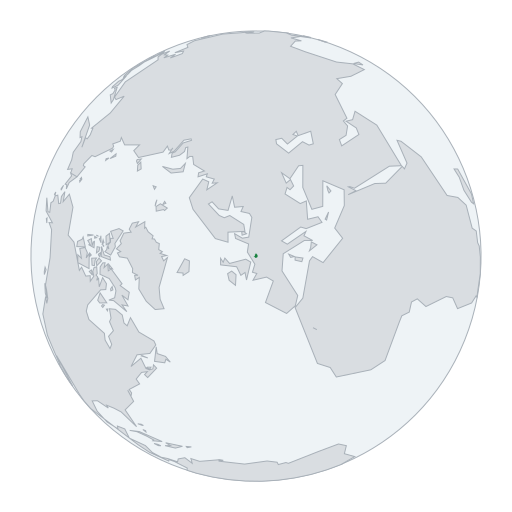 Walloon Brabant on an orthographic globe, rotated 292°
{"feature_id": "BEL-3482", "entity_name": "Walloon Brabant", "entity_type": "Province", "adm_level": 1, "iso_a3": "BEL", "parent_name": "Belgium", "parent_adm1": "", "projection": "orthographic", "projection_center": [4.525, 50.668], "detail": "fine", "context": "on_globe", "style": "filled", "palette": "green", "viewbox_px": 512, "rotation_deg": 292, "n_neighbors": 0, "source": "natural_earth", "source_scale": "10m", "svg_char_len": 10923}
<svg xmlns="http://www.w3.org/2000/svg" viewBox="0 0 512 512"><g transform="rotate(292 256 256)"><circle cx="256" cy="256" r="225" fill="#eef3f6" stroke="#a8b0b8"/><path d="M32.2,281.7L32.1,279.9L31.5,272.4L33.6,271.7L34.9,257.2L34.6,251.6L33.2,251.9L34.1,230.8L36.9,217.2L52.6,160.0L57.0,151.2L61.5,144.3L89.0,108.3L66.8,134.7L73.2,125.1L82.6,113.4L82.4,114.3L95.5,101.1L104.4,92.3L122.4,80.1L139.6,76.1L133.7,79.8L138.5,78.9L146.3,74.4L150.2,71.7L177.3,65.7L203.9,56.6L209.5,51.6L210.5,54.8L219.1,44.5L231.7,40.2L219.2,46.5L219.2,48.4L228.6,45.9L230.7,47.4L236.5,47.3L238.2,49.4L230.7,53.4L231.7,55.0L238.3,53.3L244.1,54.7L234.2,56.9L243.4,59.8L232.7,68.0L205.0,74.0L200.7,82.0L176.5,97.6L180.3,98.5L173.6,105.7L175.6,109.6L170.5,111.8L176.5,113.2L180.7,110.4L184.7,110.2L186.2,112.4L180.1,115.4L178.4,114.8L177.4,116.9L173.7,117.5L176.4,118.4L168.7,122.2L178.5,121.9L174.3,127.7L168.6,129.3L166.4,124.6L147.7,118.3L141.3,119.3L134.5,124.9L127.5,144.4L121.5,147.6L115.5,155.3L120.0,155.3L126.3,149.4L133.3,151.8L140.2,144.8L144.0,144.9L152.2,139.9L153.9,145.7L151.2,154.1L144.4,158.7L143.0,162.7L151.8,162.7L141.6,175.9L139.0,193.2L136.0,196.4L125.9,194.1L119.8,182.7L106.7,181.5L118.1,187.6L110.5,196.1L110.5,199.9L112.7,202.7L116.7,201.7L114.8,205.9L102.7,201.1L104.3,197.1L108.1,198.6L105.2,193.5L97.0,191.0L93.8,196.0L84.8,188.4L82.4,192.0L79.1,192.6L83.5,187.3L75.4,197.0L64.3,192.3L53.0,209.2L60.9,189.4L61.7,181.3L61.7,173.4L59.7,176.0L62.4,163.2L60.3,158.4L52.6,166.9L46.3,180.1L44.0,192.8L46.4,191.2L46.5,199.1L39.7,206.8L38.8,224.4L35.0,233.5L33.9,243.5L35.1,249.8L35.8,260.4L38.7,259.9L42.3,265.6L39.9,274.5L43.8,271.5L44.5,280.7L53.2,298.0L51.9,298.6L58.8,323.4L70.1,343.1L72.7,352.8L71.0,354.8L75.7,361.1L75.9,363.7L98.3,387.3L112.6,402.9L114.0,410.8L105.8,412.0L107.0,422.7L94.6,413.0L95.6,414.2L84.4,401.9L74.1,388.9L64.8,375.1L56.5,360.7L49.3,345.7L43.3,330.2L38.4,314.3L34.7,298.1L32.2,281.7ZM49.5,213.5L48.8,238.5L46.0,229.5L47.1,230.0L48.0,222.5L48.5,211.4L47.0,204.2L49.5,213.5ZM56.3,212.9L56.2,209.2L56.8,212.2L56.3,212.9ZM151.6,70.4L146.2,74.2L138.4,77.9L142.7,74.5L151.6,70.4ZM166.7,64.6L164.7,66.5L159.5,66.7L162.3,65.5L166.7,64.6ZM213.0,48.0L208.2,49.7L212.1,47.6L213.0,48.0ZM237.0,46.9L237.7,46.0L240.4,46.4L237.0,46.9ZM150.7,137.2L151.4,138.5L149.5,138.8L150.7,137.2ZM153.6,133.9L150.9,133.2L151.8,131.5L153.5,132.0L153.6,133.9ZM245.4,50.1L249.5,51.1L244.0,50.7L245.4,50.1ZM156.7,135.2L153.9,128.7L155.7,125.8L163.4,125.3L156.7,135.2ZM251.1,52.1L261.1,55.0L263.5,53.1L262.4,60.4L254.2,55.3L247.1,55.0L251.2,53.8L251.1,52.1ZM181.4,108.6L176.9,111.6L179.2,107.2L181.4,108.6ZM181.8,105.9L183.1,93.3L190.4,90.3L188.5,95.0L196.9,89.8L199.8,94.4L195.9,98.4L190.6,99.3L195.8,100.4L181.8,105.9ZM260.1,64.1L261.5,65.6L258.7,64.9L260.1,64.1ZM186.5,109.8L186.1,107.4L192.4,104.5L194.4,108.9L191.7,108.4L186.5,109.8ZM197.6,86.3L202.7,85.1L206.4,88.5L208.9,88.6L200.5,94.3L197.6,86.3ZM191.0,110.1L195.2,111.2L193.6,114.6L187.3,112.0L191.0,110.1ZM193.2,102.0L196.3,101.0L195.2,102.9L193.2,102.0ZM190.3,127.8L189.7,124.7L193.0,122.9L190.3,127.8ZM196.8,111.4L197.4,110.2L198.6,109.2L200.9,110.6L196.8,111.4ZM203.8,96.4L204.3,98.2L207.4,94.2L210.4,96.8L204.2,100.3L208.1,99.9L209.0,100.7L203.0,102.7L203.8,96.4ZM206.9,109.2L200.1,114.9L200.6,120.9L197.7,122.6L197.5,112.7L206.9,109.2ZM205.1,105.2L205.6,108.0L201.8,108.5L199.1,106.9L205.1,105.2ZM214.6,97.5L211.6,92.5L213.0,92.0L214.6,97.5ZM207.8,110.8L209.4,109.4L208.3,111.2L207.8,110.8ZM213.3,101.4L212.1,99.7L213.8,99.1L213.3,101.4ZM213.7,108.2L211.5,110.0L209.6,108.9L213.7,108.2ZM214.1,105.0L216.7,104.6L210.2,107.4L213.3,104.3L214.1,105.0ZM215.1,101.1L215.7,100.2L215.4,101.9L215.1,101.1ZM222.0,111.7L214.3,115.5L210.2,112.9L218.2,109.5L222.0,111.7ZM474.8,202.4L474.9,202.9L474.2,200.0L474.1,206.4L477.6,219.0L477.9,217.2L479.2,225.2L478.8,223.1L478.7,225.1L476.2,215.1L471.3,206.7L472.5,217.5L470.0,211.9L463.4,209.5L463.8,225.0L466.0,258.0L470.4,273.7L469.4,286.6L458.2,276.7L450.7,264.5L448.2,271.5L435.4,268.9L417.8,288.7L413.9,286.4L410.9,292.2L401.6,294.3L395.2,289.7L390.2,294.2L407.2,305.9L412.3,301.0L414.7,289.0L418.6,294.5L427.3,293.6L422.6,319.0L394.2,357.0L389.2,346.0L355.7,321.9L355.5,317.0L355.2,316.5L354.7,315.7L354.0,324.2L347.4,318.5L367.7,339.0L372.1,349.0L393.9,358.0L392.4,361.0L398.7,361.2L416.1,343.4L416.7,347.5L409.8,372.1L383.7,410.5L385.9,421.2L381.9,431.8L362.8,446.0L361.7,450.8L351.4,456.5L348.9,459.2L339.1,464.4L323.8,470.5L300.6,476.2L301.4,475.0L293.2,473.5L282.7,462.6L290.9,454.1L289.7,447.6L272.8,432.5L276.7,421.6L271.6,417.4L261.4,419.1L255.2,413.6L248.8,413.6L207.4,414.8L193.5,405.1L173.9,375.8L180.4,366.6L179.4,353.2L222.8,311.6L234.5,315.2L271.6,307.4L276.6,308.7L275.0,320.7L304.9,329.7L311.4,318.5L335.8,319.0L350.4,312.9L350.8,289.8L327.0,299.3L320.2,290.3L337.1,273.7L357.6,265.5L355.6,261.7L340.4,258.5L342.8,248.5L334.9,256.7L339.8,259.3L335.0,264.7L330.2,262.7L331.2,259.1L324.4,259.7L321.2,277.4L325.9,282.0L309.4,290.1L315.6,298.8L311.9,304.6L300.2,292.3L299.6,286.6L279.6,274.0L278.7,280.6L297.5,293.1L292.7,292.9L291.6,302.7L288.6,295.1L268.3,280.4L251.9,285.7L235.0,309.5L224.6,311.1L214.2,305.9L216.4,282.2L239.3,281.4L240.4,273.7L232.4,262.3L240.1,263.3L239.6,258.8L248.0,258.0L256.4,246.5L264.4,244.6L264.6,230.5L268.7,227.8L267.4,236.7L270.8,242.2L290.2,237.7L293.0,234.0L291.6,225.4L297.1,225.6L293.2,217.9L302.8,211.5L287.8,213.0L285.7,203.7L289.8,195.0L286.4,192.4L279.8,206.7L279.6,212.3L283.7,216.5L280.7,232.8L274.7,236.5L267.6,221.1L258.3,224.9L256.9,211.8L275.7,180.1L285.1,172.3L307.4,177.8L307.1,184.4L298.9,185.6L309.3,192.6L307.1,188.1L311.7,188.5L310.8,180.2L314.0,180.1L307.7,172.6L311.6,171.6L315.5,176.3L317.5,163.9L324.6,160.0L323.5,157.3L320.4,155.5L331.5,152.0L330.2,150.2L326.1,150.6L320.8,147.4L315.8,140.6L319.9,139.7L322.3,142.1L333.5,146.1L339.1,152.9L340.3,151.9L336.4,145.8L322.7,140.9L318.5,137.1L325.1,138.4L322.4,137.6L321.6,135.5L324.7,132.7L317.5,130.9L303.3,110.2L307.9,103.2L315.4,106.4L309.8,92.6L315.4,86.8L311.5,87.1L306.3,81.2L304.4,82.9L302.2,82.6L287.8,69.6L287.7,66.2L277.1,61.8L275.1,62.1L274.6,64.2L262.4,60.4L263.5,53.1L268.0,52.9L265.7,48.9L276.1,49.1L283.7,47.7L296.5,50.8L301.4,49.9L299.9,48.5L305.4,46.5L322.0,48.0L315.1,52.7L291.6,53.8L301.8,53.6L301.4,55.6L306.2,56.9L313.3,56.9L312.9,55.6L334.0,67.3L354.8,73.9L348.6,67.6L350.3,65.3L368.5,69.6L401.2,91.7L403.9,90.6L407.8,93.0L413.7,99.2L408.2,95.7L409.2,98.9L405.2,96.3L412.9,105.8L407.5,102.4L416.1,111.9L418.9,112.1L414.1,104.6L423.9,114.7L426.2,112.8L432.6,118.4L449.4,142.2L457.4,158.5L459.1,161.6L459.1,164.0L463.9,175.5L467.8,179.5L469.4,183.7L474.8,202.4ZM210.9,335.7L210.5,340.0L210.9,335.7ZM381.5,267.1L392.2,260.0L383.4,250.0L386.7,246.6L382.5,244.7L382.7,249.4L371.6,243.2L374.8,235.8L371.4,230.8L367.7,233.0L363.6,247.7L379.4,256.3L378.7,263.6L381.5,267.1ZM53.5,298.4L54.3,302.2L52.6,299.5L53.5,298.4ZM44.0,231.7L44.6,235.6L44.4,238.9L43.6,236.5L44.0,231.7ZM53.3,262.7L54.8,267.6L52.5,264.0L53.3,262.7ZM49.0,242.2L52.0,259.1L47.7,253.2L46.1,242.7L48.2,247.8L49.0,242.2ZM52.7,216.1L52.7,219.1L51.6,219.9L52.7,216.1ZM56.7,215.1L56.5,214.3L57.1,211.8L56.7,215.1ZM111.3,196.3L112.2,196.9L113.6,200.3L111.4,199.9L111.3,196.3ZM129.0,209.7L125.5,216.3L126.5,211.1L122.8,211.4L120.3,201.4L134.4,197.5L128.5,200.9L129.0,209.7ZM121.0,187.4L120.9,193.9L120.4,187.0L121.0,187.4ZM229.0,236.3L232.9,239.1L231.2,244.5L221.1,248.0L223.4,240.2L229.0,236.3ZM238.8,242.1L234.5,226.5L240.6,224.0L237.9,227.9L242.4,227.9L239.2,234.3L249.2,247.7L248.4,253.4L230.2,256.2L236.6,252.0L232.4,249.2L238.8,242.1ZM212.9,194.7L211.1,189.0L226.7,190.9L226.5,196.1L216.4,199.7L210.7,195.7L212.9,194.7ZM171.0,136.0L169.3,134.5L171.0,133.5L173.8,134.1L171.0,136.0ZM189.8,126.5L180.1,142.2L177.7,141.1L174.9,152.1L167.4,153.7L169.5,146.3L161.7,156.1L160.5,150.1L156.0,157.1L161.3,140.7L160.0,136.1L164.3,140.6L171.2,139.2L173.8,137.3L180.1,128.4L180.6,118.2L187.5,115.6L192.2,116.5L193.2,118.6L188.4,119.5L193.1,121.6L186.9,124.6L189.8,126.5ZM243.8,134.3L237.8,133.6L246.2,140.1L240.0,142.3L241.4,143.0L238.0,147.0L236.2,153.0L233.0,153.2L233.7,155.5L231.4,158.4L231.3,161.7L225.5,163.4L224.9,167.6L222.5,166.1L223.0,173.0L220.1,168.7L216.9,172.2L221.4,174.5L190.6,177.9L180.0,183.3L172.7,190.5L168.6,182.6L172.9,171.2L181.5,159.7L192.4,155.8L188.6,153.2L192.6,150.7L193.9,153.8L194.4,147.6L198.1,146.4L205.8,137.5L204.1,129.7L206.9,126.4L209.4,128.9L210.4,123.9L217.0,126.5L219.1,124.3L227.7,124.9L231.3,131.3L233.4,128.4L240.1,129.0L243.8,134.3ZM224.4,112.0L230.1,118.7L229.5,123.4L214.7,120.5L211.9,122.1L202.4,120.9L203.4,114.3L206.0,115.2L208.8,114.6L207.4,116.9L210.6,114.6L214.3,115.9L217.9,114.5L218.8,117.0L224.4,112.0ZM280.8,303.6L284.4,303.5L289.8,302.0L289.2,308.3L280.8,303.6ZM266.8,293.8L269.8,292.6L271.7,300.3L267.9,300.6L266.8,293.8ZM270.0,285.6L269.9,291.9L267.7,288.6L270.0,285.6ZM270.1,235.3L273.1,233.7L274.1,235.6L273.1,238.9L270.1,235.3ZM267.2,155.8L263.9,154.2L264.4,152.9L260.2,146.7L264.4,144.8L268.6,147.8L267.2,155.8ZM347.6,295.3L344.4,301.1L341.8,300.1L343.4,298.3L347.6,295.3ZM316.1,306.3L324.0,306.8L315.8,308.0L316.1,306.3ZM271.1,152.7L268.9,150.3L272.4,150.8L271.1,152.7ZM267.3,143.1L271.1,143.1L264.4,143.8L267.3,143.1ZM412.2,410.4L394.2,432.6L385.9,438.2L386.6,435.6L394.8,424.2L405.2,414.9L410.9,407.0L412.2,410.4ZM480.8,240.8L480.2,240.0L480.0,234.0L480.0,232.2L480.8,240.8ZM471.0,274.3L474.2,278.5L473.2,283.6L471.0,274.3ZM461.3,165.3L463.2,170.3L462.1,168.6L459.1,161.2L461.3,165.3ZM437.5,123.5L441.6,128.6L443.4,131.2L442.3,130.0L437.5,123.5ZM304.0,135.7L305.3,146.3L308.9,153.2L315.4,155.8L306.8,156.9L301.1,146.2L304.0,135.7ZM303.0,113.3L297.3,111.4L299.3,109.6L300.9,109.7L303.0,113.3ZM299.9,114.0L293.7,116.9L290.3,114.2L295.8,112.4L299.9,114.0ZM282.6,134.3L282.7,137.5L279.8,136.9L282.6,134.3ZM404.4,87.6L402.3,86.4L398.6,82.9L401.1,84.7L404.4,87.6ZM384.6,71.8L396.9,81.7L406.4,90.4L405.7,89.2L411.9,94.3L410.5,94.3L400.5,85.6L394.0,79.7L388.7,76.4L381.4,71.0L376.3,69.0L371.6,66.2L374.3,66.4L384.6,71.8ZM374.3,68.4L362.7,64.2L357.8,59.6L359.2,59.5L366.6,63.2L368.8,65.4L374.3,68.4ZM358.5,62.0L360.4,64.1L347.5,65.2L343.6,64.4L350.8,60.5L353.0,62.5L357.1,63.2L358.5,62.0ZM263.4,64.8L261.6,65.5L261.8,64.1L263.4,64.8ZM301.3,83.7L298.3,83.1L298.6,81.3L301.3,83.7ZM290.1,80.6L291.8,83.0L288.3,80.8L290.1,80.6ZM296.0,88.6L291.7,84.2L298.3,88.0L296.0,88.6Z" fill="#d9dde1" stroke="#a8b0b8" stroke-width="1"/><path d="M254.9,255.8L255.0,255.8L255.3,255.9L255.5,255.9L255.5,255.7L255.6,255.8L255.6,255.7L255.8,255.7L256.0,255.8L256.0,255.7L256.3,255.7L256.5,255.5L256.6,255.4L256.7,255.5L256.8,255.6L257.0,255.6L256.9,255.7L257.0,255.7L257.2,255.8L257.2,256.0L256.9,256.1L256.7,256.2L256.7,256.3L256.5,256.2L256.4,256.3L256.4,256.2L256.3,256.3L256.2,256.4L256.1,256.5L255.9,256.5L255.9,256.4L255.7,256.4L255.5,256.5L255.5,256.4L255.4,256.4L255.3,256.2L255.2,256.2L254.9,256.1L254.9,255.9L255.0,255.8L254.9,255.8Z" fill="#22c55e" stroke="#15803d" stroke-width="1.5"/></g></svg>